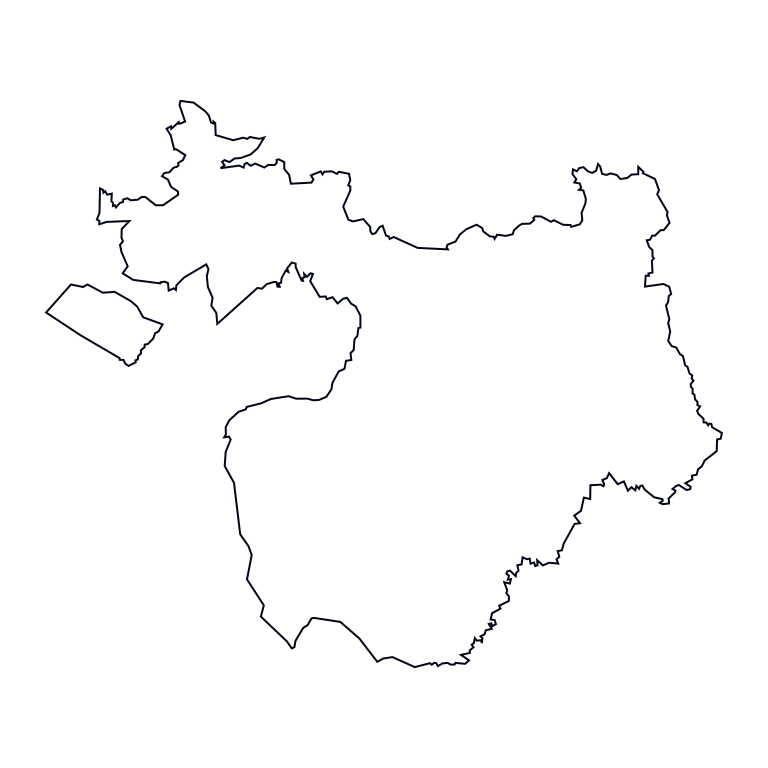 Caltepec, Puebla, Mexico
{"feature_id": "50627088B1371520644143", "entity_name": "Caltepec", "entity_type": "district", "adm_level": 2, "iso_a3": "MEX", "parent_name": "Mexico", "parent_adm1": "Puebla", "projection": "orthographic", "projection_center": [-97.485, 18.145], "detail": "fine", "context": "isolated", "style": "outline", "palette": "ink", "viewbox_px": 768, "rotation_deg": 0, "n_neighbors": 0, "source": "geoboundaries", "source_scale": "gbopen_adm2", "svg_char_len": 6119}
<svg xmlns="http://www.w3.org/2000/svg" viewBox="0 0 768 768"><path d="M234.0,482.8L240.2,534.3L248.5,546.2L251.7,554.9L247.0,579.4L263.8,605.3L260.9,616.6L286.9,641.4L291.8,648.4L294.4,647.2L295.5,640.8L303.2,627.9L307.6,625.1L311.5,618.4L314.0,617.9L340.3,621.9L359.3,638.4L377.3,661.8L383.3,658.5L392.5,657.1L414.8,667.1L429.9,663.2L431.8,664.7L434.2,662.8L436.3,663.2L437.8,666.1L442.6,663.4L447.6,662.9L450.7,664.6L454.6,664.5L455.3,662.9L465.1,663.8L469.0,660.4L461.0,654.9L469.9,652.9L469.7,650.4L473.5,647.2L471.7,644.7L473.9,643.0L474.8,638.1L476.9,640.7L480.9,640.2L481.9,643.0L482.4,638.2L480.6,636.4L484.6,634.2L485.9,630.2L491.8,628.8L488.8,624.0L491.3,623.3L492.5,626.1L495.9,624.1L494.6,620.0L490.6,619.5L492.1,613.2L500.5,608.6L499.2,605.7L508.8,601.0L508.9,596.2L506.4,593.3L507.2,590.1L504.2,582.2L509.8,583.6L511.0,579.0L507.9,579.6L508.9,575.8L506.4,573.6L507.3,571.4L510.0,570.6L515.7,576.2L516.3,572.6L518.5,570.9L517.4,565.2L521.6,564.4L522.6,557.3L526.9,559.2L529.7,558.6L530.6,563.7L534.1,562.5L535.2,566.1L537.5,565.3L537.2,560.2L542.9,565.4L549.2,562.7L558.2,563.6L556.5,559.4L559.3,556.8L557.7,551.1L561.9,550.3L563.7,543.6L574.6,523.9L580.0,523.2L574.2,515.6L581.0,510.8L583.9,497.6L590.2,499.0L590.4,485.2L600.8,484.7L603.4,486.2L604.2,484.3L602.4,480.0L606.8,478.2L609.1,473.1L617.7,484.2L623.9,481.4L627.9,490.7L631.4,487.2L635.3,490.3L636.4,485.9L639.0,488.8L640.3,486.0L642.3,485.5L644.8,489.7L654.2,497.3L662.4,499.1L662.7,500.8L659.8,502.8L662.7,504.2L669.1,503.4L668.6,498.5L675.0,492.3L675.5,490.7L672.5,489.0L676.0,486.1L678.7,484.9L686.6,490.0L690.3,489.2L690.6,486.8L685.4,483.1L692.4,479.4L691.9,475.7L696.6,474.7L698.1,469.2L701.8,466.3L704.7,460.5L716.7,451.1L717.1,439.5L720.7,438.7L721.9,433.0L712.1,427.2L711.3,423.9L709.2,423.7L708.2,425.3L706.3,422.5L703.6,422.4L703.5,418.7L698.3,413.9L697.1,410.8L700.1,406.4L697.3,405.0L697.6,402.1L695.1,399.4L694.4,394.7L692.6,393.4L692.6,388.6L690.9,386.8L690.7,384.1L693.5,380.6L691.7,378.5L692.2,375.4L689.5,373.5L687.5,366.9L685.2,365.4L682.9,356.0L679.9,354.1L676.3,347.5L671.7,346.1L668.2,341.0L670.2,331.6L668.2,323.1L669.3,319.1L666.0,305.5L668.1,302.2L668.8,296.0L671.2,294.0L669.2,286.7L663.4,284.0L645.0,286.6L645.7,275.7L648.9,275.8L648.4,273.5L652.5,272.5L651.9,260.6L654.0,258.3L652.6,256.9L652.4,250.1L649.2,247.0L646.8,240.3L650.0,239.7L652.1,235.7L654.9,235.7L660.7,230.1L663.8,230.1L669.5,222.9L666.9,215.3L667.6,212.1L657.2,194.3L659.0,190.2L655.0,179.0L642.9,173.2L643.5,171.9L638.3,166.9L638.2,174.2L631.4,174.6L627.3,178.0L620.3,179.0L616.8,175.0L610.4,173.4L606.7,174.9L602.1,173.9L600.2,166.6L598.0,164.0L596.1,170.8L592.2,172.9L588.0,171.4L583.5,167.2L579.3,168.0L576.9,171.3L573.0,169.4L572.5,174.2L576.4,179.2L574.4,182.5L579.8,183.5L581.2,187.7L579.0,189.8L583.3,190.4L585.8,198.6L585.5,203.2L581.6,212.8L582.3,220.3L579.8,224.3L571.2,226.9L570.5,225.0L563.2,224.8L553.8,220.2L551.0,221.8L541.1,216.5L535.2,216.3L533.3,218.1L534.3,219.8L530.0,223.6L522.0,223.9L519.2,225.5L514.0,230.2L512.7,234.2L505.8,235.9L497.2,234.7L494.6,238.9L493.7,236.7L489.9,236.4L483.2,231.4L482.3,228.1L476.6,224.7L466.2,229.3L459.8,234.6L455.5,241.6L447.5,244.7L446.6,247.3L447.9,249.4L417.7,247.9L393.6,237.0L389.7,239.0L388.6,236.4L386.0,235.6L382.6,225.7L379.5,227.2L375.4,233.2L372.3,234.1L370.3,231.2L370.3,227.1L363.3,219.1L353.0,221.4L348.4,219.7L343.2,206.6L350.3,190.6L350.3,186.4L348.3,185.4L350.3,180.0L349.0,173.8L338.9,171.8L336.9,173.9L332.0,171.4L324.2,171.7L322.5,174.4L320.8,171.4L310.9,175.4L313.4,179.4L311.5,182.6L290.9,183.7L289.1,174.8L284.3,169.0L284.2,162.0L278.6,159.3L276.7,159.9L276.7,162.8L274.7,165.0L268.3,164.9L264.3,167.5L255.2,163.6L250.6,165.8L246.9,162.9L244.7,163.9L243.6,167.6L239.2,165.6L220.6,168.2L224.5,165.3L222.1,161.9L224.5,160.1L229.5,162.1L234.5,158.5L240.7,158.0L250.7,154.4L257.6,148.3L264.2,137.5L259.4,138.8L249.9,137.0L247.3,138.9L243.3,137.7L233.2,140.2L215.7,135.1L215.2,123.0L213.6,121.7L213.7,123.5L211.1,122.6L208.9,115.7L205.3,111.3L193.6,102.6L180.4,100.9L179.5,105.1L185.1,121.5L180.6,123.5L178.9,123.7L178.7,122.2L171.3,128.8L171.0,126.3L166.6,128.7L170.7,135.3L174.3,149.6L175.7,149.0L185.3,155.1L182.9,160.1L178.1,163.0L178.5,165.4L176.9,166.8L173.7,167.6L169.3,172.3L164.4,173.0L162.0,176.2L167.9,179.5L171.0,186.8L177.9,191.5L178.2,194.7L163.1,205.2L155.8,205.3L145.5,197.1L141.9,196.9L137.7,199.7L130.9,200.3L127.3,198.3L123.2,199.5L123.0,202.0L120.1,202.8L115.9,207.4L114.8,205.2L112.9,206.0L113.0,202.8L111.4,201.2L111.8,193.6L107.2,194.7L105.2,191.2L103.5,192.7L103.0,189.9L100.0,188.4L99.5,212.9L96.9,219.4L99.3,221.0L99.3,224.3L106.6,221.9L129.4,221.0L121.7,229.1L121.5,237.9L123.0,241.3L120.0,244.8L121.5,252.1L127.7,266.3L122.7,273.3L133.2,279.9L160.4,283.4L160.6,282.2L164.9,281.7L168.0,283.1L168.7,290.6L173.9,288.3L175.9,290.0L176.4,285.3L184.1,277.5L206.2,264.4L208.5,269.0L206.8,276.2L207.9,287.0L212.6,297.9L211.3,305.6L216.3,312.9L217.3,323.9L257.4,288.0L262.1,288.6L266.6,284.2L273.3,282.1L276.4,282.0L277.5,286.7L279.7,286.8L278.7,283.3L281.1,282.7L281.6,278.1L285.8,270.5L288.3,271.9L287.1,268.4L291.7,262.6L295.6,263.6L295.7,267.2L301.6,280.5L303.0,280.8L302.2,278.2L304.6,277.2L304.2,273.9L307.0,276.9L310.5,273.3L312.9,273.9L310.2,281.1L319.6,296.8L325.8,296.5L326.8,299.2L332.5,297.2L337.6,303.4L343.2,298.7L347.0,297.9L351.1,303.6L355.7,306.5L360.4,315.7L360.4,327.6L358.4,328.1L357.4,335.8L354.5,339.5L353.7,350.0L350.5,353.2L351.3,360.0L346.0,360.8L344.5,368.8L338.7,371.4L332.5,382.7L331.4,389.4L326.4,396.8L319.1,399.9L313.5,400.3L307.2,398.6L296.2,398.7L288.6,396.2L270.8,399.0L260.9,403.4L246.8,406.9L245.7,409.4L238.6,411.8L229.3,420.3L225.7,427.2L225.9,434.5L224.2,437.3L229.0,436.6L230.7,439.6L225.7,451.8L224.7,466.0L234.0,482.8ZM128.7,365.9L135.7,362.3L135.4,360.4L137.8,359.4L138.2,356.1L141.0,353.4L140.9,350.2L144.6,347.2L144.7,344.6L147.8,344.0L153.2,338.6L155.1,333.2L158.5,331.5L162.6,324.4L143.2,317.3L137.2,306.6L131.0,301.2L114.7,291.9L102.8,292.7L87.5,284.5L83.0,287.0L71.0,284.5L46.1,312.5L80.9,335.5L119.6,358.1L119.7,359.8L123.6,360.0L125.2,363.6L128.7,365.9Z" fill="none" stroke="#020617" stroke-width="2"/></svg>